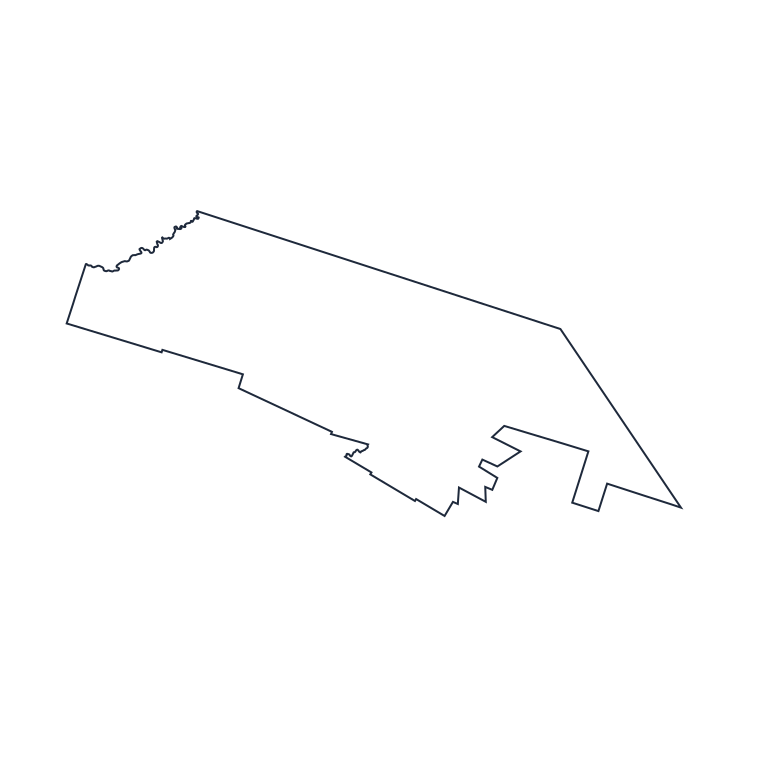 Rivadavia, Salta, Argentina, rotated 288°
{"feature_id": "61730980B79245586725774", "entity_name": "Rivadavia", "entity_type": "district", "adm_level": 2, "iso_a3": "ARG", "parent_name": "Argentina", "parent_adm1": "Salta", "projection": "mercator", "projection_center": [-62.515, -23.621], "detail": "fine", "context": "isolated", "style": "outline", "palette": "slate", "viewbox_px": 768, "rotation_deg": 288, "n_neighbors": 0, "source": "geoboundaries", "source_scale": "gbopen_adm2", "svg_char_len": 5784}
<svg xmlns="http://www.w3.org/2000/svg" viewBox="0 0 768 768"><g transform="rotate(288 384 384)"><path d="M490.7,153.7L490.7,153.2L490.7,152.9L490.5,152.7L490.3,152.6L490.1,152.6L489.6,152.7L489.4,152.9L489.0,153.3L488.9,153.5L488.6,154.1L488.4,154.6L488.2,154.7L487.7,154.6L487.1,154.4L485.9,153.7L485.5,153.7L485.4,153.8L485.3,154.0L485.1,154.4L485.1,154.7L485.1,155.5L485.2,155.9L485.2,156.1L485.1,156.3L484.9,156.4L484.7,156.4L484.2,156.3L484.0,156.2L483.8,156.2L483.7,156.1L483.6,155.9L483.5,155.5L483.4,154.7L483.4,153.8L483.3,153.3L483.2,152.8L483.1,152.5L482.9,152.3L482.7,152.3L482.4,152.3L482.1,152.4L481.5,152.3L480.5,152.1L479.8,152.0L479.4,151.9L479.2,151.7L479.5,151.1L479.6,150.7L479.5,150.1L479.4,150.0L479.0,150.0L478.6,150.2L478.3,150.2L478.1,150.2L477.5,149.8L477.4,149.6L477.1,149.4L476.9,149.1L476.7,148.6L476.5,148.1L476.2,147.8L475.8,146.9L475.7,146.8L475.3,146.4L475.0,146.3L474.7,146.0L474.1,145.7L473.8,145.6L473.4,145.6L473.1,145.8L472.8,146.2L472.4,146.5L471.9,146.4L471.7,146.1L471.5,144.7L471.5,143.9L471.7,143.0L471.7,142.4L471.5,142.2L471.3,142.1L470.9,141.9L470.4,141.8L470.0,141.8L469.8,141.8L469.7,142.0L469.7,142.3L469.6,142.5L469.8,142.9L469.8,143.0L469.7,143.1L469.3,143.2L469.1,143.1L468.6,142.6L468.4,142.3L468.2,141.7L468.1,141.0L467.9,140.3L467.9,139.9L467.8,139.6L467.7,139.3L467.8,139.0L468.0,138.9L468.5,139.1L468.8,139.0L469.0,138.7L469.1,138.3L469.4,138.0L469.5,137.8L469.5,137.6L469.4,137.2L469.1,136.9L468.8,136.5L468.5,136.3L468.3,136.3L468.0,136.3L467.6,136.5L467.0,136.9L466.7,137.2L466.4,137.4L465.9,137.9L465.6,138.0L464.2,138.0L463.4,137.9L463.0,137.7L461.4,137.3L461.1,137.3L460.9,137.3L460.7,137.5L460.4,137.7L460.3,137.8L460.1,137.9L459.7,137.9L459.2,137.8L458.4,137.5L457.8,137.2L457.5,137.0L457.1,136.7L456.6,136.3L456.4,136.1L456.0,135.8L455.9,135.7L456.4,135.5L456.5,135.4L456.6,135.1L456.6,134.4L456.5,134.1L456.4,133.9L456.0,133.6L455.7,133.3L455.5,133.1L455.3,132.7L455.1,132.4L455.0,131.9L454.9,131.5L454.8,131.2L454.7,130.9L454.6,130.6L454.4,130.3L454.3,130.1L454.3,129.2L454.4,128.8L454.6,128.3L454.8,128.2L454.9,127.9L454.6,127.7L454.4,127.7L453.7,128.2L452.9,128.7L452.3,129.0L452.1,129.2L451.7,129.5L451.4,129.6L451.0,129.6L450.1,129.4L449.8,129.3L449.5,129.0L449.3,128.7L449.2,128.4L449.2,127.8L449.3,127.5L449.5,126.8L449.8,124.8L449.8,124.3L449.6,124.1L449.0,123.9L448.6,124.2L447.0,125.2L446.3,126.0L445.5,126.3L444.9,126.3L444.5,126.2L444.2,126.0L443.9,125.5L444.0,124.9L443.8,124.1L443.6,123.8L443.4,123.6L442.8,123.3L442.5,123.4L441.9,123.5L441.7,123.5L440.5,123.8L440.0,124.0L439.3,124.1L438.7,124.0L438.0,123.7L437.5,123.4L437.1,122.9L436.8,122.2L436.7,121.9L436.7,121.3L436.9,120.8L437.3,120.4L437.5,120.2L437.8,119.8L438.2,119.2L438.4,118.7L438.4,118.0L438.5,117.6L438.4,116.7L438.3,116.4L437.9,116.0L437.5,115.6L437.4,115.3L437.4,114.9L437.7,114.1L438.1,113.6L438.3,113.2L438.6,112.3L438.6,111.9L438.5,111.4L438.3,111.0L437.6,110.4L436.8,109.8L436.7,109.8L436.2,110.1L435.4,111.0L434.9,111.8L434.7,112.1L434.2,112.6L433.7,112.8L433.5,112.7L433.2,112.6L432.8,112.2L432.5,111.6L432.0,110.8L431.7,110.2L431.0,109.2L430.1,108.2L429.8,107.9L429.6,107.4L429.5,106.8L429.3,106.4L428.9,105.4L428.7,105.1L427.7,104.4L427.2,104.1L426.5,103.9L426.2,103.8L425.7,103.8L424.9,103.7L422.9,103.4L422.4,103.2L422.2,103.1L421.8,102.5L421.4,102.1L421.2,101.8L420.9,100.9L420.9,100.3L420.8,99.9L420.7,99.4L419.1,97.1L418.7,96.6L417.9,96.0L417.1,95.3L416.0,94.6L414.7,93.7L414.2,93.4L413.9,93.3L413.1,93.4L412.9,93.4L412.6,93.8L412.4,94.1L412.4,94.3L412.4,95.4L412.3,95.9L412.1,96.2L411.7,96.4L411.5,96.5L411.3,96.5L410.8,96.4L410.3,96.2L410.1,96.1L409.9,95.9L409.7,95.7L409.4,94.8L409.0,93.9L408.8,93.2L408.7,92.8L408.6,92.6L408.4,92.3L407.9,91.8L407.2,91.1L407.1,90.9L407.0,90.6L407.0,90.2L407.0,89.7L407.0,89.4L406.8,88.6L406.9,88.4L406.9,88.2L407.0,87.8L407.0,87.6L406.9,87.1L406.8,86.7L406.6,86.4L406.2,86.0L405.6,85.3L405.5,85.1L405.3,84.1L405.3,83.6L405.4,83.3L405.5,82.5L405.7,82.3L405.9,82.1L407.4,81.2L407.5,81.0L407.7,80.7L407.9,80.3L408.0,80.0L408.2,78.4L408.4,76.7L408.1,75.5L408.0,75.4L407.7,74.9L407.2,74.4L406.5,73.6L406.1,73.0L405.4,72.2L405.3,71.9L405.2,71.5L405.2,71.2L405.3,70.8L405.2,70.3L405.8,69.5L405.9,69.2L406.1,68.6L406.0,68.1L405.7,67.6L405.7,67.1L405.5,66.7L405.4,66.3L405.4,66.1L405.5,65.9L405.7,65.4L405.8,65.1L406.1,64.2L406.1,63.9L406.1,63.7L405.8,63.4L371.9,63.4L364.0,63.5L343.5,63.5L345.4,162.7L348.0,162.7L349.6,246.8L335.1,247.0L322.4,349.3L320.0,349.1L321.6,387.5L321.2,387.4L320.7,387.3L320.4,387.3L319.6,387.9L319.3,388.0L318.8,388.0L318.3,387.9L318.1,387.8L317.8,387.6L317.4,387.2L317.1,386.9L316.4,386.6L315.8,386.3L315.4,386.1L315.2,385.9L314.9,385.3L314.6,385.0L313.8,384.4L313.5,384.0L313.2,383.5L312.9,383.2L312.6,383.0L312.4,383.0L311.7,382.8L311.6,382.7L311.7,382.2L311.9,381.8L311.9,381.5L312.0,381.3L312.2,381.0L312.4,380.7L312.9,380.1L313.0,379.9L313.1,379.6L313.3,379.2L313.2,379.0L313.2,378.8L313.0,378.5L312.8,378.3L312.4,378.1L312.2,378.0L310.7,377.6L310.2,377.3L310.1,377.2L309.9,376.7L309.7,376.3L309.5,376.2L308.3,376.1L306.6,375.8L306.1,375.8L305.9,375.7L305.6,375.6L305.3,375.4L305.1,375.3L305.0,375.1L305.0,374.9L305.0,374.7L305.2,374.2L305.3,374.1L305.4,373.7L306.0,373.2L306.2,372.9L306.3,372.3L306.3,371.7L306.2,370.5L306.1,370.4L305.9,370.2L305.5,370.1L304.8,370.4L304.4,370.5L304.3,370.4L304.0,370.3L303.7,370.1L303.0,369.5L302.8,369.4L296.0,399.4L293.8,398.9L282.3,449.6L284.5,450.1L277.2,482.4L293.2,486.0L292.7,491.3L308.7,487.3L303.4,517.2L317.4,512.1L316.8,519.7L329.7,520.8L334.8,499.9L342.5,500.9L340.6,517.3L362.1,534.7L366.9,503.3L381.3,511.3L382.7,575.1L383.1,599.2L329.3,599.7L329.4,627.2L358.2,627.0L358.2,649.0L358.2,657.9L358.2,665.1L358.3,694.5L358.2,704.6L490.8,534.8L490.7,153.7Z" fill="none" stroke="#1e293b" stroke-width="2"/></g></svg>